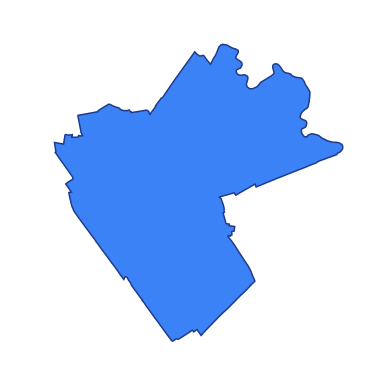 Potlogi, Dâmbovita, Romania (Mercator projection), rotated 188°
{"feature_id": "2599482B54531699533489", "entity_name": "Potlogi", "entity_type": "district", "adm_level": 2, "iso_a3": "ROU", "parent_name": "Romania", "parent_adm1": "Dâmbovita", "projection": "mercator", "projection_center": [25.597, 44.573], "detail": "fine", "context": "isolated", "style": "filled", "palette": "blue", "viewbox_px": 384, "rotation_deg": 188, "n_neighbors": 0, "source": "geoboundaries", "source_scale": "gbopen_adm2", "svg_char_len": 5797}
<svg xmlns="http://www.w3.org/2000/svg" viewBox="0 0 384 384"><g transform="rotate(188 192 192)"><path d="M182.2,342.5L182.4,341.9L183.2,341.9L183.6,341.7L183.9,341.6L184.2,341.3L184.7,340.4L185.0,340.0L185.4,339.5L187.6,331.0L189.2,327.5L189.9,325.5L191.5,321.1L194.5,323.8L196.7,326.0L198.9,328.3L199.8,328.9L203.2,327.7L206.0,329.0L208.8,331.2L209.7,329.4L213.3,322.3L216.7,316.1L217.0,315.5L217.5,314.5L224.0,302.1L228.5,293.2L230.7,288.7L233.9,282.2L234.5,281.2L235.5,280.7L239.1,274.2L240.2,272.2L239.8,271.6L240.7,270.1L243.9,264.2L244.3,263.0L244.8,263.6L245.6,264.4L245.9,265.5L247.2,266.5L249.3,266.6L249.8,266.3L263.0,262.2L263.3,262.9L263.8,262.8L264.5,263.4L265.1,263.9L265.7,264.5L266.4,264.3L266.8,263.9L267.3,263.6L268.0,263.3L268.5,263.5L269.5,263.3L270.8,263.0L271.4,263.2L272.1,263.3L272.9,263.4L273.5,263.5L274.6,263.9L275.3,264.7L276.3,265.1L278.6,265.4L280.9,265.9L282.7,266.4L285.1,267.3L285.9,267.4L286.7,267.4L287.4,266.8L291.0,263.9L295.7,260.0L296.3,259.3L296.5,258.4L297.8,258.0L299.1,257.5L309.0,254.2L312.2,253.2L315.4,252.1L315.6,252.0L315.5,251.3L315.3,250.7L315.0,249.6L314.1,247.2L313.3,244.8L310.4,236.3L310.3,236.2L310.2,235.4L309.5,234.5L309.0,233.5L308.4,232.8L308.8,232.8L309.0,232.5L309.2,232.0L310.0,232.0L310.6,232.1L311.5,232.2L312.2,232.1L312.1,230.9L312.6,230.6L314.6,230.1L315.5,230.0L316.2,229.9L316.5,229.8L317.2,229.7L318.7,229.5L318.5,231.6L318.5,232.2L319.4,231.8L321.1,231.5L321.7,231.3L321.8,231.2L325.0,231.3L325.3,231.2L325.7,230.7L325.8,221.6L327.3,221.7L328.9,221.7L330.4,221.8L332.5,221.8L335.1,221.9L333.8,217.7L333.0,214.9L332.3,212.5L332.8,212.4L333.0,212.2L331.3,210.5L330.6,209.7L329.7,208.7L328.4,207.3L322.8,201.4L314.8,192.9L313.3,191.3L312.1,189.9L311.9,189.4L311.8,188.7L311.9,188.3L312.1,187.8L312.6,187.4L313.9,186.3L315.2,185.4L318.1,182.5L318.2,182.4L318.1,182.2L317.7,181.9L311.4,175.1L312.3,174.8L312.6,174.7L313.0,174.6L313.6,174.5L313.9,174.4L312.5,170.1L310.0,163.7L309.3,161.9L308.9,161.1L307.1,158.1L306.4,157.0L304.8,155.1L302.5,152.7L301.9,152.0L296.2,146.1L295.7,145.6L293.5,143.4L290.2,140.0L287.9,137.7L286.1,135.8L284.0,133.7L282.9,132.7L280.9,130.6L280.4,129.9L279.7,129.0L278.8,128.3L277.7,127.2L273.4,122.6L272.9,122.1L271.4,120.6L269.0,118.2L267.2,116.4L266.6,115.8L263.5,112.6L261.8,110.8L260.7,109.7L259.7,108.8L259.2,108.4L258.0,107.1L256.6,105.6L254.4,103.3L252.9,101.5L249.1,97.7L249.1,97.8L247.3,95.9L247.0,96.8L246.9,97.7L246.8,98.0L246.4,98.5L246.0,98.8L245.6,98.9L245.2,98.8L244.8,98.6L244.2,98.1L243.9,97.7L243.2,96.8L243.0,96.4L240.7,93.9L239.8,92.8L239.3,91.6L236.2,88.3L228.1,80.0L226.1,77.9L225.8,77.9L225.8,77.5L226.0,77.4L224.2,75.8L223.8,75.5L223.5,75.1L223.3,74.9L223.0,74.5L222.1,73.5L221.2,72.5L217.4,68.6L215.5,66.6L214.6,65.7L211.2,62.1L209.3,60.2L207.1,58.0L206.1,56.9L204.7,55.5L200.9,51.6L197.0,47.5L195.3,45.8L194.7,45.2L194.2,44.7L193.6,44.1L192.4,42.8L192.0,42.4L191.6,42.2L191.3,42.0L190.7,41.6L190.4,41.6L190.2,41.7L188.4,43.3L187.1,44.3L186.7,44.4L186.2,44.5L185.7,44.4L185.4,44.3L185.2,44.2L182.5,46.3L180.8,47.8L178.1,50.1L174.7,53.1L172.5,55.3L170.8,53.7L170.2,54.2L168.0,56.5L163.0,51.2L162.1,52.4L161.3,53.8L159.7,56.1L159.0,57.2L157.8,58.8L155.3,62.2L154.6,63.1L152.3,66.3L149.9,69.5L149.3,70.4L149.1,70.8L148.8,71.1L148.4,71.7L148.2,72.2L147.8,72.4L147.1,73.3L146.5,74.0L146.0,74.8L145.3,75.7L143.7,77.7L142.7,78.9L139.1,83.4L138.1,84.8L135.9,87.7L133.3,91.2L132.6,92.2L132.4,92.4L130.2,95.4L130.1,95.6L129.9,95.9L128.4,97.6L127.6,98.5L126.6,99.9L126.1,100.6L125.5,101.3L124.3,102.9L123.6,103.9L122.5,105.4L120.9,107.7L118.4,111.0L118.2,111.3L117.6,112.0L117.3,112.5L118.0,113.8L121.3,119.1L121.8,120.2L122.3,121.1L123.5,123.0L126.0,126.4L131.6,132.7L136.1,137.8L142.4,145.2L145.4,148.4L148.6,151.4L150.3,153.2L150.1,153.7L149.7,153.7L148.6,153.7L148.7,153.8L146.6,154.9L146.5,155.0L147.1,158.3L144.8,159.3L144.9,163.8L147.8,163.8L150.6,163.8L150.5,165.4L153.9,165.4L158.3,175.7L157.1,176.4L157.7,178.3L157.9,180.4L159.2,183.5L162.3,189.6L164.3,190.8L164.0,191.0L159.6,192.9L155.2,194.8L150.1,197.1L148.2,194.9L147.9,195.1L145.5,197.1L130.7,208.6L129.2,205.9L127.7,206.8L126.3,207.6L119.7,211.5L117.4,212.8L115.9,213.7L113.7,215.0L112.4,215.6L111.1,216.5L110.0,217.2L109.7,217.4L109.3,217.6L108.5,218.0L97.2,224.4L89.3,228.9L87.4,229.9L85.3,231.1L82.0,233.0L80.7,233.8L76.0,236.5L72.9,238.2L72.8,238.3L72.4,238.7L72.1,239.1L71.8,239.4L71.1,240.0L69.2,241.0L58.3,246.8L54.3,249.0L53.9,249.2L53.2,250.7L51.4,251.8L49.9,253.6L48.9,255.7L49.0,258.1L50.1,259.9L53.0,261.1L56.1,261.3L59.1,260.9L61.5,261.0L65.1,261.6L69.3,263.0L71.4,263.7L72.8,264.7L74.5,265.6L77.7,266.2L79.8,266.3L81.4,266.4L84.7,264.7L86.1,262.6L88.0,262.4L89.1,263.0L90.5,264.2L91.7,265.8L92.4,268.5L92.0,269.8L90.5,270.7L88.6,272.1L88.1,273.6L87.9,276.1L88.7,277.9L90.3,278.7L93.6,279.5L94.8,280.2L95.3,281.1L95.3,283.1L94.8,285.2L93.5,287.3L91.8,289.2L89.5,291.3L88.9,292.7L88.7,296.7L88.4,297.7L88.6,298.4L88.7,303.0L89.1,307.4L92.3,311.6L94.2,313.5L95.2,315.0L96.2,316.9L98.0,318.9L99.5,320.0L101.7,320.0L105.4,320.1L109.1,321.1L110.8,322.6L112.4,322.9L113.9,323.0L116.0,323.1L118.0,324.0L119.2,325.1L121.2,327.4L123.3,329.5L125.7,330.7L127.5,330.5L129.2,329.5L129.6,327.6L129.1,325.8L128.2,323.7L127.2,321.6L127.8,320.0L129.6,318.1L132.4,315.8L135.1,313.5L137.9,311.2L139.2,310.3L140.6,307.7L142.2,305.3L144.2,304.0L146.1,302.9L147.5,302.4L149.7,302.5L151.7,303.6L153.1,305.7L153.0,308.1L152.5,310.6L152.5,312.8L153.2,314.4L156.0,315.4L158.4,314.9L159.9,314.4L162.5,314.5L164.0,315.7L164.9,317.1L165.1,318.7L163.0,320.5L161.4,321.3L160.7,322.7L160.1,324.6L160.5,326.7L162.3,328.2L163.9,328.8L165.7,329.8L167.0,330.4L167.4,331.9L166.7,333.9L165.6,336.6L166.0,338.7L168.6,339.7L172.2,340.2L174.8,341.2L177.8,342.4L181.7,342.5L182.2,342.5Z" fill="#3b82f6" stroke="#1e3a8a" stroke-width="1.5"/></g></svg>